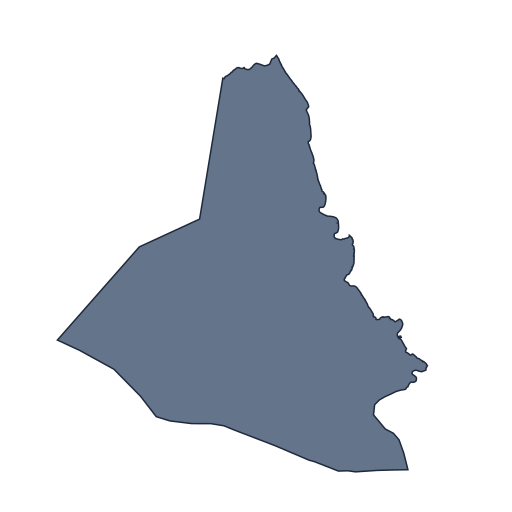 Asmat, Papua, Indonesia (Natural Earth projection), rotated 188°
{"feature_id": "22746128B62198228854475", "entity_name": "Asmat", "entity_type": "district", "adm_level": 2, "iso_a3": "IDN", "parent_name": "Indonesia", "parent_adm1": "Papua", "projection": "natural_earth1", "projection_center": [138.155, -5.583], "detail": "fine", "context": "isolated", "style": "filled", "palette": "slate", "viewbox_px": 512, "rotation_deg": 188, "n_neighbors": 0, "source": "geoboundaries", "source_scale": "gbopen_adm2", "svg_char_len": 5955}
<svg xmlns="http://www.w3.org/2000/svg" viewBox="0 0 512 512"><g transform="rotate(188 256 256)"><path d="M318.3,80.7L296.2,81.1L277.3,83.7L264.1,83.4L253.5,80.7L210.7,70.8L174.7,61.1L170.1,60.6L144.5,54.5L135.0,56.1L127.4,56.1L106.4,60.5L91.7,63.0L75.8,65.5L82.3,81.5L88.8,93.9L95.3,99.6L103.9,102.7L117.5,115.0L117.8,125.3L113.6,130.8L108.6,134.7L102.9,138.3L98.5,141.3L93.8,143.4L90.4,144.4L89.2,145.1L88.6,146.7L87.3,147.8L87.0,149.4L86.3,151.1L85.6,152.0L84.7,152.8L83.0,152.7L81.9,153.1L80.9,153.7L80.1,154.5L80.0,156.2L80.1,157.5L80.9,158.6L82.9,159.8L84.5,160.5L85.3,161.7L85.0,163.3L83.3,164.6L82.2,165.0L80.8,165.2L79.3,164.7L77.4,164.5L75.7,164.5L72.6,166.2L71.8,166.8L72.0,168.4L72.0,168.8L71.6,169.6L71.0,171.3L71.7,171.8L71.9,172.5L72.3,172.8L74.0,174.1L75.8,175.0L76.1,175.0L76.4,174.6L77.0,175.5L78.8,176.1L80.2,177.0L82.4,177.3L83.2,178.3L86.7,180.6L87.5,180.7L87.8,180.5L88.2,180.2L88.3,179.9L89.1,179.3L90.4,179.8L90.9,180.3L91.6,180.7L92.7,181.2L94.4,181.7L94.6,182.0L94.6,182.9L94.1,185.0L94.2,185.5L95.5,186.6L100.3,193.0L101.4,193.8L103.1,194.2L104.7,196.2L105.1,197.6L105.2,199.1L104.8,199.9L103.4,201.7L102.3,203.5L101.7,205.2L101.2,207.8L101.2,209.1L101.4,209.7L102.5,211.8L103.2,212.6L103.8,213.0L104.7,213.4L105.3,213.4L105.8,213.0L105.8,212.8L108.4,210.6L108.9,210.4L109.5,210.3L110.7,211.3L111.8,211.8L112.9,212.1L113.6,211.9L113.6,212.2L114.4,212.5L114.8,213.3L115.2,213.2L115.3,213.6L115.6,214.2L116.8,214.4L117.6,214.2L118.1,213.7L119.6,213.6L120.9,213.0L121.3,213.0L121.4,213.4L121.5,213.4L122.0,213.4L123.2,212.8L124.0,212.1L124.4,211.6L124.5,211.1L124.8,210.5L126.1,210.1L128.2,209.8L128.3,209.9L128.5,210.9L129.0,211.7L129.9,212.1L130.4,212.1L130.9,212.5L131.3,212.4L131.5,213.1L131.4,213.6L131.7,213.9L131.8,214.7L133.0,216.4L136.2,220.2L137.3,220.9L137.3,221.1L137.5,221.3L137.6,221.5L137.8,221.6L138.5,222.6L138.9,223.7L141.3,226.9L141.6,227.1L141.7,227.6L141.9,227.6L142.3,228.3L143.2,229.2L143.6,229.3L144.4,230.6L145.4,231.7L145.8,231.8L145.8,232.2L146.4,232.7L146.4,233.0L146.9,233.7L147.2,233.8L147.2,234.1L151.7,238.7L152.6,239.4L153.7,239.8L155.2,240.0L157.3,239.5L158.8,239.7L160.1,240.7L160.5,241.6L161.3,242.4L162.0,242.7L162.5,242.7L163.8,243.3L165.3,244.3L165.3,245.4L165.0,245.8L163.5,249.9L162.1,250.5L161.6,250.9L161.5,251.2L160.8,252.2L160.4,253.7L159.9,255.0L159.7,254.8L159.3,255.5L159.0,257.9L159.3,258.3L158.9,258.4L158.7,258.8L158.1,261.9L158.1,263.6L158.4,266.0L158.7,266.6L158.6,266.8L158.4,267.0L158.9,268.7L158.9,269.0L158.8,268.9L158.7,269.0L158.7,269.5L159.1,269.7L159.0,269.9L159.0,270.2L159.3,270.1L159.2,270.5L159.4,271.7L159.2,271.7L159.2,272.3L159.2,272.5L159.4,272.5L159.2,273.3L159.2,274.7L159.9,276.1L159.8,276.3L160.2,276.4L160.2,276.6L159.9,276.9L159.9,277.3L160.6,279.2L161.9,280.2L162.2,280.7L162.2,281.1L161.8,281.9L161.7,282.5L161.8,283.8L162.1,285.0L162.5,285.8L163.3,286.4L163.2,286.8L163.3,287.2L164.7,288.3L166.5,289.5L166.5,289.2L166.3,288.9L166.3,288.5L166.8,287.5L167.5,287.0L167.6,286.9L167.3,286.9L172.5,284.7L172.4,284.8L172.8,284.9L173.0,284.7L173.2,284.3L173.5,284.1L175.3,283.8L176.1,284.0L177.2,284.0L179.7,284.5L179.9,284.4L180.0,284.7L180.6,285.1L181.2,285.9L181.5,287.4L181.5,288.7L181.1,289.2L180.0,289.8L179.0,290.7L178.8,291.0L178.6,291.0L178.1,293.2L178.1,295.5L178.7,299.0L179.0,299.9L179.4,300.0L179.1,300.1L179.2,301.2L179.7,302.5L181.3,304.4L182.1,304.9L184.2,305.5L187.4,305.7L191.2,305.4L191.6,305.8L193.5,306.1L198.0,307.8L198.7,308.2L199.6,309.0L200.0,310.4L200.0,311.0L199.7,312.6L199.3,313.2L197.5,313.3L196.5,313.6L196.1,313.8L195.3,315.0L195.0,316.0L194.6,318.9L194.7,322.6L194.9,323.8L195.2,324.0L195.0,324.6L195.6,325.9L196.0,326.4L196.2,326.5L196.3,326.7L197.2,327.7L197.5,328.0L197.6,327.8L197.7,328.3L198.0,328.5L198.7,329.0L198.9,328.9L198.8,329.0L199.6,329.4L199.8,329.7L200.1,331.1L200.5,331.4L200.8,332.0L201.8,334.1L202.0,334.8L202.5,335.2L204.8,339.5L205.1,339.9L205.3,340.0L205.2,340.4L205.3,340.9L205.9,342.0L206.2,343.5L206.5,343.9L207.0,345.6L208.0,347.8L208.2,348.0L208.1,348.3L208.8,349.9L209.3,350.3L209.3,350.8L210.8,354.1L211.0,354.7L212.1,355.9L212.1,356.3L211.9,357.4L211.9,358.2L212.2,359.8L212.6,361.0L213.0,361.5L213.3,362.7L214.2,364.1L215.1,366.1L215.3,366.3L216.2,367.7L218.1,371.5L218.3,371.5L218.3,371.8L218.2,372.0L219.0,373.7L219.9,374.8L220.0,375.8L220.2,376.1L220.2,376.4L220.0,376.8L219.3,377.1L218.9,377.5L218.3,378.7L218.1,379.8L218.1,382.2L219.7,389.9L220.6,392.5L221.4,393.8L221.5,395.9L221.8,396.6L222.0,397.9L222.5,399.9L222.9,401.0L223.0,401.6L224.1,403.6L226.6,407.5L226.4,408.2L226.0,408.6L225.9,409.2L224.8,410.6L224.7,411.0L224.7,411.6L224.9,412.3L226.7,415.6L227.5,416.5L228.0,416.8L232.0,421.7L233.4,423.2L233.7,423.4L234.4,424.2L235.6,424.9L235.6,425.2L235.8,425.4L236.3,425.3L236.4,425.9L236.7,426.1L236.8,426.7L237.4,427.4L238.4,427.9L238.6,428.3L239.8,429.6L240.4,430.0L241.8,431.2L242.0,431.6L242.8,432.3L244.2,433.5L244.9,434.5L246.7,436.1L250.8,440.5L251.7,441.3L252.1,441.4L252.2,441.7L252.8,442.7L253.0,442.7L253.4,443.3L255.5,446.1L256.1,446.5L257.0,448.0L257.5,448.3L257.4,448.7L258.0,449.6L258.5,449.9L258.4,450.1L260.3,452.9L260.3,453.2L261.5,455.1L262.3,455.8L263.0,456.9L263.7,457.5L265.4,454.7L267.8,453.2L269.1,448.0L270.9,446.7L274.0,445.4L279.1,446.5L282.1,446.9L283.3,446.4L284.8,444.8L286.1,442.6L288.4,439.9L290.3,439.4L293.2,439.8L293.7,440.3L293.7,440.9L294.0,441.0L295.1,440.0L296.6,439.7L298.0,439.8L298.9,440.2L300.7,439.9L301.8,439.0L302.5,438.2L302.7,437.8L303.5,437.3L303.8,436.9L304.2,436.8L305.1,435.0L306.2,434.3L307.1,432.8L308.7,431.4L309.9,430.1L310.5,430.0L311.3,429.4L311.6,428.9L311.8,428.0L312.2,427.2L313.6,427.5L317.0,284.7L372.8,248.8L441.0,145.1L417.5,138.0L380.9,124.1L350.9,101.1L332.4,83.0L318.3,80.7ZM103.2,194.9L102.6,194.3L102.0,194.9L101.7,195.4L101.0,195.4L100.8,195.7L101.0,195.9L101.3,195.9L101.5,196.7L102.1,196.8L103.6,196.1L103.9,195.8L103.9,195.5L103.6,195.1L103.2,194.9Z" fill="#64748b" stroke="#1e293b" stroke-width="1.5"/></g></svg>